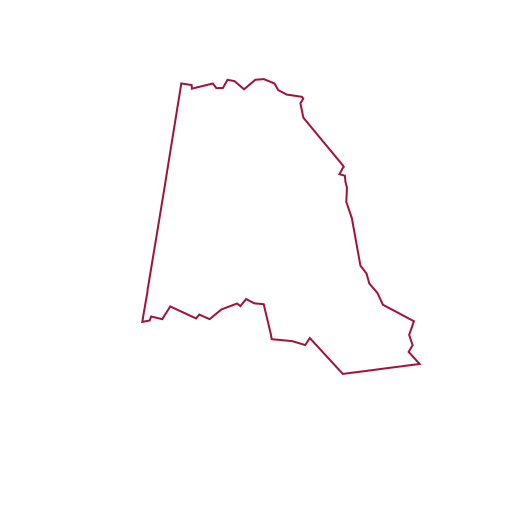 the district of Columbus, North Carolina, United States of America, rotated 54°
{"feature_id": "52423323B52623684418934", "entity_name": "Columbus", "entity_type": "district", "adm_level": 2, "iso_a3": "USA", "parent_name": "United States of America", "parent_adm1": "North Carolina", "projection": "robinson", "projection_center": [-78.658, 34.215], "detail": "fine", "context": "isolated", "style": "outline", "palette": "rose", "viewbox_px": 512, "rotation_deg": 54, "n_neighbors": 0, "source": "geoboundaries", "source_scale": "gbopen_adm2", "svg_char_len": 1118}
<svg xmlns="http://www.w3.org/2000/svg" viewBox="0 0 512 512"><g transform="rotate(54 256 256)"><path d="M72.5,215.0L103.0,245.7L115.9,258.7L137.6,280.5L145.8,288.7L151.8,294.8L159.6,302.7L177.3,320.6L184.3,327.7L194.3,337.9L217.5,361.4L218.3,362.4L221.3,365.0L237.6,381.8L242.0,386.2L242.5,386.7L245.7,379.9L243.3,376.4L252.0,369.0L246.4,355.0L271.3,341.2L270.0,336.3L279.8,330.7L278.9,315.3L283.3,299.3L287.4,298.1L285.0,289.3L293.3,285.2L299.5,278.1L327.6,289.8L332.5,292.2L346.1,276.8L357.0,268.5L354.0,260.7L402.4,255.1L402.5,254.9L413.0,235.8L423.6,216.2L424.7,214.2L439.5,187.1L423.3,188.9L420.3,181.8L409.9,178.5L401.6,166.6L370.0,182.0L357.4,179.5L344.8,180.5L335.2,176.9L325.2,177.2L281.9,156.3L265.2,151.1L255.4,143.2L253.9,142.1L253.5,141.9L252.8,141.7L251.7,141.3L248.5,140.0L243.3,136.9L238.9,140.4L235.9,134.3L235.5,132.6L233.4,132.5L171.9,136.4L158.6,130.3L156.5,125.3L154.2,125.3L143.4,136.3L134.8,140.5L127.4,139.6L117.5,145.7L113.0,153.0L114.1,167.7L101.9,170.6L96.7,175.5L100.6,184.0L96.9,189.4L91.1,189.5L82.9,209.5L79.9,207.6L72.5,215.0Z" fill="none" stroke="#9f1239" stroke-width="2"/></g></svg>